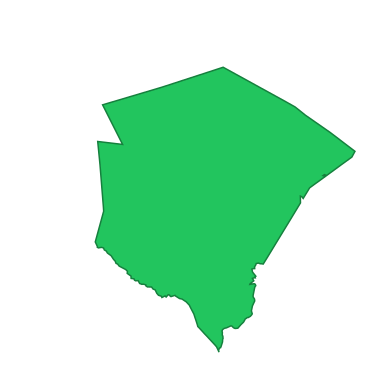 Santa Magdalena Jicotlán, Oaxaca, Mexico, rotated 120°
{"feature_id": "50627088B89026110840758", "entity_name": "Santa Magdalena Jicotlán", "entity_type": "district", "adm_level": 2, "iso_a3": "MEX", "parent_name": "Mexico", "parent_adm1": "Oaxaca", "projection": "robinson", "projection_center": [-97.463, 17.804], "detail": "fine", "context": "isolated", "style": "filled", "palette": "green", "viewbox_px": 384, "rotation_deg": 120, "n_neighbors": 0, "source": "geoboundaries", "source_scale": "gbopen_adm2", "svg_char_len": 2165}
<svg xmlns="http://www.w3.org/2000/svg" viewBox="0 0 384 384"><g transform="rotate(120 192 192)"><path d="M81.8,71.0L75.3,71.2L71.4,101.6L68.8,132.1L66.8,145.3L66.9,154.8L68.4,227.4L116.2,270.4L161.2,313.0L185.5,275.9L195.4,298.9L214.4,285.3L249.2,261.3L252.8,258.9L283.6,250.8L286.5,246.7L287.2,246.4L287.2,245.1L285.2,242.7L284.7,240.6L286.0,239.0L286.0,236.7L287.1,234.8L287.3,233.2L287.6,230.2L289.6,226.2L290.3,223.9L291.8,222.1L291.6,220.4L292.6,218.0L292.5,215.8L292.3,210.6L292.9,208.3L294.9,207.4L295.3,202.8L297.3,201.5L296.2,198.9L297.1,197.7L297.1,196.5L295.7,194.3L297.4,191.6L297.0,189.2L296.2,188.2L295.5,185.6L296.3,185.1L296.5,183.2L294.5,179.5L295.5,177.2L295.2,174.9L297.3,171.9L298.2,169.4L297.6,166.6L298.4,165.3L295.5,163.4L295.9,161.9L293.7,161.4L292.8,161.2L292.5,159.8L293.1,158.9L293.1,157.9L292.4,157.3L290.7,155.7L290.0,155.0L290.3,154.2L290.5,149.5L289.7,147.1L290.0,142.7L290.0,142.1L290.5,140.5L291.4,137.6L292.2,136.5L293.5,134.5L296.6,129.6L296.8,129.3L298.9,127.0L301.1,124.5L304.3,121.0L305.6,119.7L305.9,118.6L306.3,117.2L307.2,114.4L307.7,112.7L307.8,112.5L308.0,111.8L308.4,110.7L309.3,107.5L313.1,95.3L313.8,93.3L315.6,90.7L317.2,88.5L316.0,89.7L313.6,90.2L313.2,90.1L312.6,89.4L311.1,89.6L306.6,90.6L304.2,91.8L303.5,91.8L301.4,93.2L300.7,94.3L298.4,95.5L297.4,96.5L295.9,96.7L294.2,96.0L293.4,95.3L292.4,94.2L288.5,91.4L288.2,90.4L288.8,88.2L288.7,86.7L288.3,85.9L287.0,84.2L282.4,83.3L278.9,82.3L276.7,82.3L275.2,82.4L274.5,81.9L273.1,81.4L272.7,80.6L270.5,79.3L268.5,78.9L267.4,78.9L266.2,80.1L265.3,81.1L260.4,82.7L256.3,83.1L255.0,83.2L253.5,84.3L252.2,86.7L250.9,87.4L243.5,89.9L242.3,90.1L241.3,89.9L240.4,90.9L240.2,91.8L241.0,93.2L243.1,95.7L242.3,95.8L238.0,94.1L236.6,96.5L235.1,95.1L234.7,94.3L234.0,95.0L233.0,94.6L231.1,99.5L228.8,101.6L227.9,100.8L227.0,99.4L226.2,99.9L225.7,100.4L223.6,100.3L221.8,100.6L220.3,98.9L220.1,97.2L219.4,95.9L218.8,94.3L212.6,94.1L204.8,93.9L195.9,93.7L187.1,93.5L175.1,93.2L162.3,92.9L147.2,92.6L141.4,96.1L141.2,94.4L142.0,92.5L129.6,92.2L124.8,90.1L111.6,84.2L112.3,86.7L110.7,86.0L110.3,83.6L94.8,76.8L81.8,71.0Z" fill="#22c55e" stroke="#15803d" stroke-width="1.5"/></g></svg>